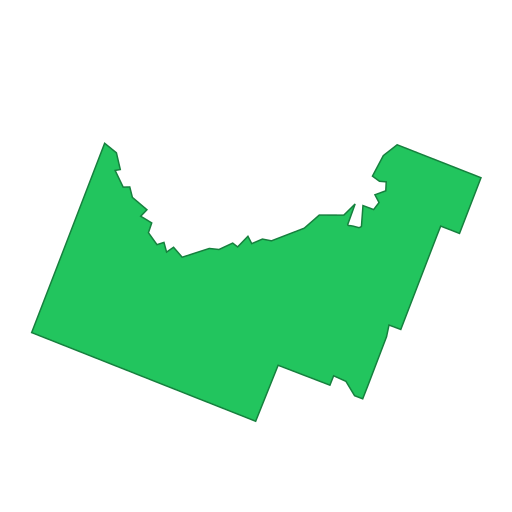 Riley, Kansas, United States of America, rotated 291°
{"feature_id": "52423323B78977579419927", "entity_name": "Riley", "entity_type": "district", "adm_level": 2, "iso_a3": "USA", "parent_name": "United States of America", "parent_adm1": "Kansas", "projection": "orthographic", "projection_center": [-96.639, 39.305], "detail": "fine", "context": "isolated", "style": "filled", "palette": "green", "viewbox_px": 512, "rotation_deg": 291, "n_neighbors": 0, "source": "geoboundaries", "source_scale": "gbopen_adm2", "svg_char_len": 967}
<svg xmlns="http://www.w3.org/2000/svg" viewBox="0 0 512 512"><g transform="rotate(291 256 256)"><path d="M104.1,74.0L101.6,314.9L161.9,315.8L161.9,371.3L172.0,371.4L171.2,384.9L160.9,398.1L160.9,406.8L174.3,406.9L227.4,406.8L239.2,404.9L239.3,417.5L253.7,417.5L340.0,417.6L350.1,417.7L350.0,437.9L409.7,438.0L410.4,347.9L395.4,338.9L372.3,336.1L370.0,344.5L371.9,351.0L363.4,353.8L355.8,345.1L350.0,351.7L341.5,349.2L341.4,337.8L321.5,343.8L320.2,343.1L319.3,341.7L318.7,336.0L318.1,333.0L317.6,331.8L317.8,330.7L318.5,330.3L320.0,330.3L340.1,329.9L325.6,323.3L316.9,300.4L299.3,291.1L275.7,265.0L274.1,255.9L266.0,247.6L271.5,241.4L257.9,235.6L259.7,229.6L248.8,219.1L246.3,209.7L228.4,187.5L234.6,175.9L227.6,171.1L235.7,165.2L231.1,159.5L239.2,147.2L249.5,146.8L251.8,134.1L260.1,137.6L266.4,119.6L275.2,113.4L272.7,107.3L285.4,93.8L288.1,98.3L302.3,88.7L307.0,74.3L306.4,74.3L185.7,74.2L104.1,74.0Z" fill="#22c55e" stroke="#15803d" stroke-width="1.5"/></g></svg>